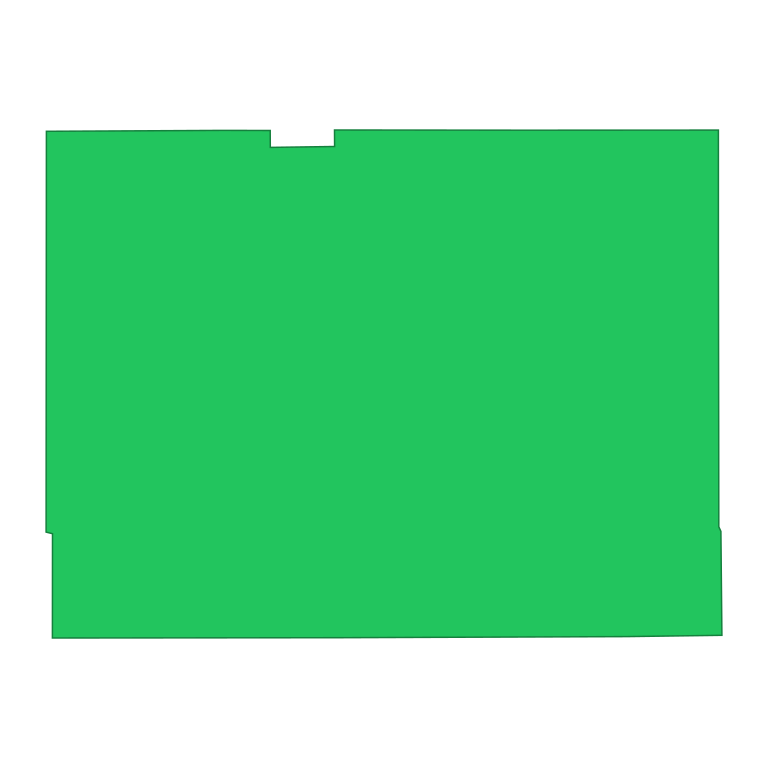 outline of Reno, Kansas, United States of America
{"feature_id": "52423323B74364898088974", "entity_name": "Reno", "entity_type": "district", "adm_level": 2, "iso_a3": "USA", "parent_name": "United States of America", "parent_adm1": "Kansas", "projection": "equal_earth", "projection_center": [-98.045, 37.953], "detail": "fine", "context": "isolated", "style": "filled", "palette": "green", "viewbox_px": 768, "rotation_deg": 0, "n_neighbors": 0, "source": "geoboundaries", "source_scale": "gbopen_adm2", "svg_char_len": 356}
<svg xmlns="http://www.w3.org/2000/svg" viewBox="0 0 768 768"><path d="M526.4,130.2L334.5,130.0L334.6,146.5L270.3,147.4L270.2,130.5L222.5,130.4L46.4,131.3L46.1,532.1L52.5,533.7L52.4,638.0L339.5,637.7L626.5,636.6L721.9,635.3L720.9,531.4L718.8,526.8L718.7,432.1L718.4,246.9L718.4,130.1L526.4,130.2Z" fill="#22c55e" stroke="#15803d" stroke-width="1.5"/></svg>